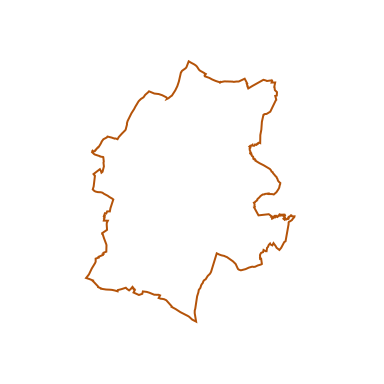 outline of Gulpen-Wittem, Limburg, Netherlands, rotated 316°
{"feature_id": "6326949B15301037000239", "entity_name": "Gulpen-Wittem", "entity_type": "district", "adm_level": 2, "iso_a3": "NLD", "parent_name": "Netherlands", "parent_adm1": "Limburg", "projection": "robinson", "projection_center": [5.917, 50.8], "detail": "fine", "context": "isolated", "style": "outline", "palette": "amber", "viewbox_px": 384, "rotation_deg": 316, "n_neighbors": 0, "source": "geoboundaries", "source_scale": "gbopen_adm2", "svg_char_len": 5982}
<svg xmlns="http://www.w3.org/2000/svg" viewBox="0 0 384 384"><g transform="rotate(316 192 192)"><path d="M280.4,95.7L275.1,98.2L274.2,98.5L273.0,98.5L269.0,97.9L268.5,98.0L267.4,98.4L267.1,98.3L259.3,103.4L254.9,105.7L250.5,107.3L244.5,108.7L242.9,108.4L240.3,108.2L238.5,107.6L238.8,107.5L239.1,107.0L239.3,106.6L239.3,106.0L237.8,101.7L236.1,98.4L233.3,95.0L231.0,89.7L229.5,89.8L225.9,89.6L222.9,90.2L219.9,89.6L217.3,89.6L216.4,89.7L210.4,91.3L208.1,92.1L203.1,93.3L195.0,96.2L192.9,97.4L192.1,98.3L187.5,101.1L186.7,101.2L182.1,101.3L177.5,101.6L175.1,102.3L174.3,100.6L173.8,100.0L173.4,99.8L173.4,99.6L172.9,98.9L172.1,97.2L169.7,93.4L168.7,93.6L164.9,92.5L161.9,93.0L161.5,93.3L159.0,94.1L155.6,94.9L155.4,94.5L152.2,94.7L152.3,94.9L150.4,95.1L149.4,94.5L149.3,94.1L149.2,93.2L148.7,93.3L148.3,93.6L148.2,94.1L147.8,94.1L147.9,96.6L148.2,97.7L150.6,102.2L150.5,102.4L151.0,103.3L152.4,105.1L152.4,105.3L150.1,108.3L149.5,109.0L148.7,109.4L146.4,112.4L141.7,115.3L140.3,115.2L141.1,113.5L141.6,111.6L133.6,110.7L133.5,112.5L133.3,112.5L133.1,113.2L125.1,119.7L122.4,121.2L122.5,123.6L123.1,125.0L124.2,126.7L126.2,128.8L127.1,130.3L127.4,132.1L128.8,136.3L129.1,138.2L130.0,141.3L130.2,142.7L122.1,147.0L119.4,148.9L117.5,147.0L115.4,147.9L114.6,146.8L112.0,148.1L112.5,148.6L111.0,149.4L111.3,149.7L108.7,151.3L111.5,154.2L109.3,155.0L108.0,156.2L104.6,160.2L98.7,159.2L98.5,159.5L98.8,159.6L98.7,159.8L96.6,164.1L94.0,170.1L93.4,171.0L88.9,175.4L86.1,174.2L85.3,175.2L84.5,174.7L84.1,175.4L79.8,173.7L79.4,174.4L76.4,173.0L74.3,175.2L72.9,175.8L66.8,177.4L60.6,179.7L56.1,180.3L57.6,183.1L59.3,186.8L58.8,186.9L58.9,188.7L58.8,194.9L58.4,195.2L60.0,199.1L59.9,199.1L62.4,202.4L65.4,205.6L66.5,206.9L68.1,209.3L69.5,211.8L70.5,211.0L73.8,212.9L77.9,214.9L77.9,216.5L78.4,219.1L80.6,219.2L83.3,218.9L83.1,220.6L82.7,220.6L83.0,221.8L82.5,221.9L82.8,222.8L80.1,223.7L82.3,229.2L85.5,230.7L87.6,229.4L90.1,232.5L91.4,234.9L93.5,239.7L96.6,242.8L97.2,244.2L94.4,245.1L95.4,247.1L96.3,248.1L97.5,249.8L98.3,252.0L98.0,259.6L97.9,260.7L97.6,260.7L98.9,264.8L100.2,270.4L103.1,278.9L103.3,280.0L103.5,283.9L104.9,288.1L109.8,281.0L111.6,279.2L113.3,278.2L123.2,270.6L126.9,268.6L128.5,267.4L129.0,267.1L131.4,266.8L133.7,265.5L135.0,265.1L136.6,264.9L138.1,264.1L139.8,263.9L141.1,264.3L145.0,263.3L148.2,263.3L150.2,262.7L167.2,253.3L168.2,256.0L169.2,258.0L170.8,260.4L171.2,261.6L171.9,263.0L173.3,270.3L173.4,274.1L171.8,278.7L171.6,279.5L171.7,280.2L172.6,282.1L173.1,282.5L177.0,284.7L180.4,285.9L183.2,287.4L183.7,287.8L184.3,288.7L185.5,289.6L188.2,290.5L191.3,292.1L192.3,292.3L195.4,288.0L194.5,287.5L195.2,286.5L196.5,285.4L196.6,285.1L197.6,284.3L199.5,283.8L201.3,284.6L203.2,283.4L203.8,285.7L204.5,286.4L207.2,284.3L208.4,284.3L210.4,283.4L212.3,283.3L212.0,284.1L212.7,286.2L215.1,285.4L214.6,289.1L214.1,290.9L214.6,294.4L217.4,294.1L223.5,292.1L225.1,292.4L239.2,282.2L240.0,281.3L240.9,280.8L241.2,280.8L242.5,281.3L244.6,281.6L245.1,281.4L248.2,281.1L248.8,280.7L247.5,279.5L247.1,278.5L247.3,277.9L247.1,277.5L246.9,277.5L246.2,278.0L245.6,277.4L244.9,277.3L244.3,277.0L244.1,277.1L244.1,277.4L242.9,277.4L243.2,278.1L242.8,278.3L242.5,278.2L242.4,277.5L241.5,277.5L240.6,277.2L240.4,276.8L240.6,276.2L239.8,276.5L239.4,276.4L239.7,275.3L239.2,275.1L239.2,274.7L241.1,274.5L241.1,274.2L241.7,273.8L242.7,273.5L242.9,272.6L242.6,272.4L241.7,272.7L241.1,272.6L241.0,272.3L241.5,271.8L241.6,271.4L240.4,271.2L240.5,270.5L240.4,270.2L239.1,270.2L239.2,269.9L239.7,269.6L239.5,268.9L239.0,268.9L238.5,269.3L236.0,269.3L235.8,268.9L236.2,268.0L235.0,267.7L235.0,267.4L235.5,267.3L235.5,267.1L234.8,266.5L234.2,266.6L234.6,267.5L234.5,267.8L234.1,268.0L233.8,267.8L233.4,267.1L232.0,267.1L231.1,266.8L231.3,266.5L231.6,266.4L232.7,266.4L232.9,266.0L232.7,265.6L232.0,264.9L232.4,264.8L231.8,261.3L223.6,255.0L225.9,246.6L226.1,246.8L226.5,246.2L227.0,246.2L227.3,245.3L228.2,244.6L228.7,243.9L229.1,242.7L230.3,243.1L230.8,242.9L232.5,243.2L233.0,243.0L233.4,243.1L234.1,242.6L235.6,242.6L236.3,242.7L238.5,242.5L241.1,242.9L242.6,244.1L243.2,244.1L244.3,245.0L245.9,246.1L246.1,246.3L245.6,246.6L248.3,249.3L249.1,250.6L252.6,250.8L256.2,250.0L257.7,249.5L259.6,248.2L261.0,247.5L261.8,246.8L261.6,245.5L261.7,244.0L261.7,243.6L262.6,241.8L262.7,241.1L263.2,240.0L263.1,239.6L263.2,239.1L263.1,238.4L263.2,237.9L263.4,234.6L263.8,233.8L263.4,232.7L263.9,231.2L264.0,229.5L262.1,222.5L260.6,218.2L259.4,213.6L259.8,213.4L259.7,212.8L260.0,212.0L259.4,211.7L259.2,211.0L259.6,210.7L259.5,210.4L259.7,210.0L260.2,209.6L260.5,209.0L260.4,208.7L260.2,207.7L260.4,206.9L260.8,206.6L260.7,205.8L261.4,205.5L261.6,205.1L261.6,204.9L260.9,204.4L262.0,203.6L262.3,203.1L262.3,202.7L262.9,201.6L263.7,201.0L263.8,200.7L264.8,200.7L265.0,200.5L264.8,199.2L266.0,199.2L266.5,199.4L266.8,199.9L267.9,200.0L267.7,200.2L267.9,200.3L267.8,200.6L268.1,200.9L268.1,201.0L268.5,201.3L268.5,201.6L268.8,201.9L269.4,201.9L270.3,201.6L270.5,201.9L270.9,202.6L271.1,202.5L271.3,202.8L271.8,202.6L272.4,203.0L272.6,202.7L273.1,202.6L273.7,203.0L274.2,202.9L274.6,203.3L274.6,203.5L275.0,203.8L275.1,204.1L280.7,198.5L285.2,195.3L291.1,190.0L296.9,186.2L297.2,186.4L297.7,186.2L298.7,186.6L299.5,187.4L300.1,187.7L304.1,188.6L316.4,184.1L316.6,184.2L316.9,183.9L318.6,180.7L320.0,181.5L322.5,179.2L322.4,176.4L322.8,175.7L324.5,173.5L324.4,173.4L327.9,171.0L325.3,168.6L326.8,167.9L327.0,167.6L327.0,167.4L326.5,167.6L325.9,166.3L323.0,164.2L322.6,163.1L321.3,160.9L309.2,157.7L304.4,156.6L305.3,154.4L305.6,154.5L306.6,152.1L307.1,152.2L308.6,147.1L302.4,145.0L300.7,143.4L298.8,142.0L298.2,141.4L297.8,140.7L292.1,134.9L289.3,133.1L289.1,132.7L288.4,132.9L288.1,132.8L288.2,132.3L288.1,132.0L287.4,130.9L286.1,128.4L284.7,125.1L283.7,121.9L281.6,117.7L281.8,117.1L282.3,116.8L283.1,116.9L283.9,116.7L283.4,115.4L283.5,115.1L282.1,110.5L282.0,109.5L282.0,108.7L282.5,106.2L282.7,104.9L282.6,103.4L282.2,101.6L281.1,98.2L280.4,95.7Z" fill="none" stroke="#b45309" stroke-width="2"/></g></svg>